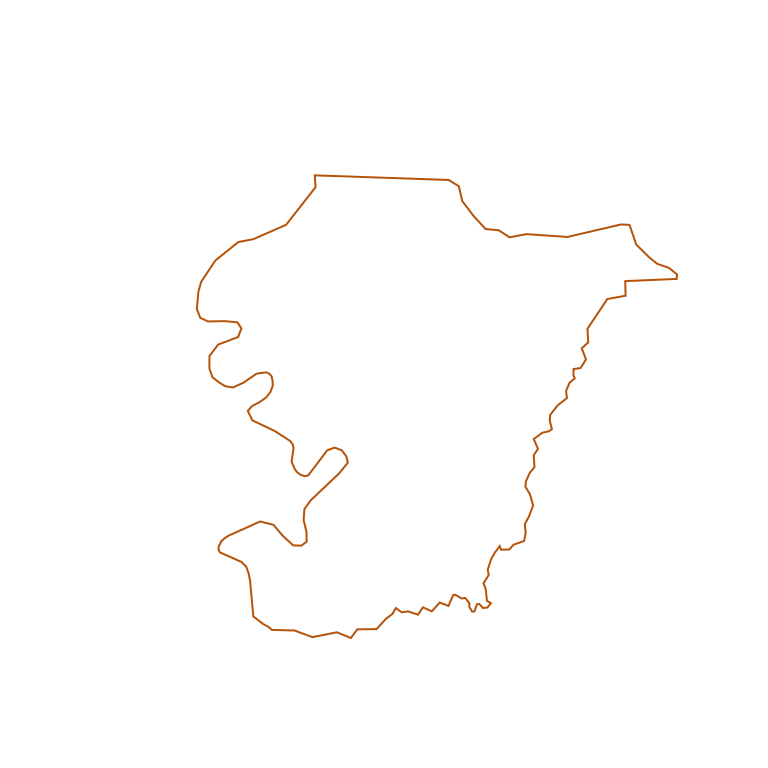 San Gregorio de Polanco, Tacuarembó, Uruguay (Mercator projection), rotated 123°
{"feature_id": "84410073B83102109001145", "entity_name": "San Gregorio de Polanco", "entity_type": "district", "adm_level": 2, "iso_a3": "URY", "parent_name": "Uruguay", "parent_adm1": "Tacuarembó", "projection": "mercator", "projection_center": [-55.799, -32.506], "detail": "fine", "context": "isolated", "style": "outline", "palette": "amber", "viewbox_px": 768, "rotation_deg": 123, "n_neighbors": 0, "source": "geoboundaries", "source_scale": "gbopen_adm2", "svg_char_len": 2290}
<svg xmlns="http://www.w3.org/2000/svg" viewBox="0 0 768 768"><g transform="rotate(123 384 384)"><path d="M651.2,343.9L639.5,324.9L635.3,306.2L617.9,288.3L615.1,273.4L604.3,272.8L597.3,262.3L593.7,256.8L579.5,254.4L572.3,251.7L565.5,252.1L565.8,244.8L561.5,239.8L559.0,229.9L550.1,229.7L548.6,220.1L536.9,218.2L535.0,209.1L523.3,211.0L521.9,209.5L521.6,202.0L519.2,199.4L521.3,193.0L524.4,191.1L526.9,186.1L525.5,184.3L518.1,186.1L516.6,184.3L517.9,178.9L515.1,175.5L509.6,175.0L509.8,179.5L500.5,187.1L496.9,192.0L487.0,192.2L483.4,195.8L472.6,198.7L466.4,199.2L456.9,198.7L459.2,195.6L454.6,188.8L448.2,187.8L443.5,184.2L439.3,181.0L431.7,184.1L424.9,189.6L416.0,190.3L404.6,192.8L397.0,201.5L393.1,209.5L388.5,211.9L379.2,213.4L371.8,212.5L362.2,219.7L354.6,219.5L348.6,228.4L338.5,224.6L334.0,220.1L330.3,218.7L324.3,225.2L319.2,227.8L307.3,226.7L296.2,222.9L290.7,227.5L281.9,229.1L275.4,227.1L273.3,230.1L268.2,233.1L263.5,227.8L253.4,228.0L246.3,237.6L237.9,235.4L226.9,243.4L191.1,243.0L178.4,229.5L166.3,237.7L136.5,195.8L132.5,197.9L131.4,208.1L134.4,220.3L133.3,230.9L129.7,248.4L116.8,264.8L121.2,272.2L160.8,310.3L180.7,346.1L192.6,358.6L192.6,371.6L198.7,383.2L194.3,400.4L187.9,418.1L177.4,428.9L177.7,440.9L246.7,555.7L256.2,548.6L303.8,552.8L333.6,572.4L344.3,583.5L357.6,587.9L372.3,592.7L397.8,593.0L407.5,590.0L423.1,581.8L428.6,574.1L427.4,565.7L417.7,551.3L412.2,540.6L415.0,533.9L423.9,531.9L433.6,538.9L441.3,544.6L455.6,545.6L466.1,538.9L471.8,531.5L472.1,528.1L472.5,523.3L472.3,515.8L469.2,508.8L459.1,502.4L444.7,496.5L438.3,489.0L437.9,485.7L438.7,482.6L442.0,479.2L446.2,476.3L452.6,474.9L459.4,475.5L467.3,478.6L474.3,482.6L480.7,483.6L486.2,474.6L482.9,449.6L482.9,436.8L482.9,431.5L484.5,427.5L486.9,425.0L499.6,419.1L504.0,412.4L505.4,408.4L505.5,404.2L504.5,400.2L502.0,397.8L491.4,397.0L470.5,395.5L464.3,390.8L463.9,389.2L462.6,383.4L465.2,376.2L469.6,371.5L483.2,372.9L521.4,382.1L532.3,382.6L542.0,377.2L550.2,368.5L558.3,363.0L564.5,365.2L568.8,372.2L566.5,386.1L562.3,400.0L566.8,413.1L582.4,423.0L595.9,431.8L599.8,433.5L604.6,434.8L610.5,434.1L613.5,432.2L614.6,429.6L614.3,428.0L613.7,424.5L610.9,406.7L612.2,400.2L616.6,394.3L621.8,389.3L650.1,367.0L651.1,354.3L650.6,349.0L651.2,343.9Z" fill="none" stroke="#b45309" stroke-width="2"/></g></svg>